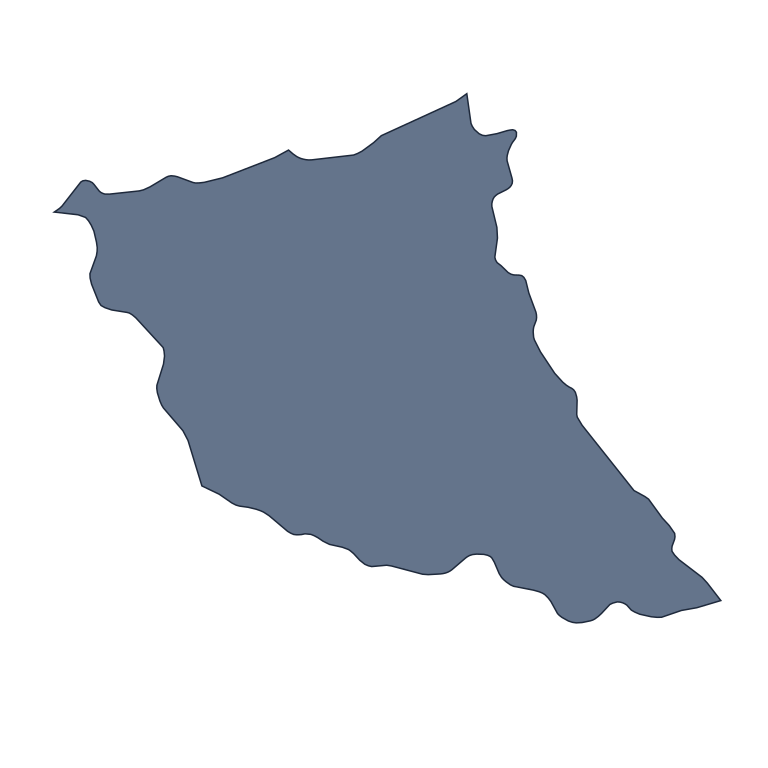 the border of Florida, rotated 81°
{"feature_id": "URY-18", "entity_name": "Florida", "entity_type": "Department", "adm_level": 1, "iso_a3": "URY", "parent_name": "Uruguay", "parent_adm1": "", "projection": "orthographic", "projection_center": [-55.814, -33.776], "detail": "fine", "context": "isolated", "style": "filled", "palette": "slate", "viewbox_px": 768, "rotation_deg": 81, "n_neighbors": 0, "source": "natural_earth", "source_scale": "10m", "svg_char_len": 3228}
<svg xmlns="http://www.w3.org/2000/svg" viewBox="0 0 768 768"><g transform="rotate(81 384 384)"><path d="M594.3,125.7L598.5,123.7L603.7,120.1L624.7,100.1L631.2,95.8L650.6,85.2L653.9,110.0L654.2,125.7L657.8,146.3L657.2,150.7L655.7,156.5L651.4,167.4L648.5,172.0L646.0,175.1L640.3,178.8L638.8,180.5L637.5,182.4L636.4,184.8L635.7,187.7L636.2,192.3L637.1,195.4L644.6,205.0L647.0,208.6L649.0,212.4L649.8,214.7L650.2,217.2L650.6,225.6L650.0,231.5L648.9,235.1L646.9,239.0L642.4,244.7L640.0,247.0L637.9,248.5L624.9,253.2L621.0,255.3L617.8,257.6L616.7,258.5L616.6,258.8L616.3,259.1L615.4,260.1L613.5,263.2L611.0,268.6L604.1,287.6L602.2,290.5L598.5,294.3L595.9,296.5L593.5,298.1L589.3,299.9L577.3,302.9L572.9,304.6L571.1,305.9L569.4,308.4L567.9,312.0L566.5,319.1L566.3,323.2L566.8,326.4L567.6,328.6L568.6,330.6L578.0,345.9L579.0,347.9L579.8,350.2L580.3,352.7L580.5,355.4L580.4,358.2L579.2,370.2L577.9,375.7L564.9,405.1L563.4,409.7L562.4,424.7L561.1,427.9L559.0,431.2L554.3,435.5L546.8,440.5L543.4,443.4L541.9,445.0L538.7,450.7L533.9,462.9L529.9,468.6L525.5,473.3L522.9,476.7L521.1,479.7L519.6,485.5L519.8,489.0L519.6,491.5L519.2,494.2L518.5,496.7L516.8,499.4L514.4,502.3L496.1,518.1L491.6,523.1L489.8,525.9L487.7,529.8L484.5,537.5L482.0,545.8L480.4,549.2L477.7,552.9L467.1,564.0L456.2,579.8L409.1,586.4L398.7,589.9L373.2,605.6L370.0,606.9L365.7,608.0L357.2,609.2L352.8,609.1L349.7,608.5L329.9,598.7L322.1,596.4L317.1,596.1L313.5,596.4L279.9,618.7L276.4,621.7L274.1,624.4L273.1,626.6L268.3,641.3L265.0,647.6L262.2,651.2L258.3,653.0L239.7,657.2L233.4,657.7L229.1,657.2L212.4,648.0L208.1,646.6L204.4,645.9L198.9,645.8L187.7,646.6L181.4,648.3L176.6,650.3L172.8,652.7L169.0,659.7L162.6,682.8L159.8,677.0L157.9,674.2L137.1,651.9L136.2,649.7L136.2,646.8L137.7,643.0L139.5,640.6L141.5,639.2L148.7,635.2L150.4,633.8L151.7,632.0L152.8,629.9L153.5,625.5L155.0,595.5L154.6,591.1L152.7,584.3L145.7,566.8L145.1,564.5L145.0,561.7L145.9,558.3L147.0,555.6L155.1,541.1L156.0,538.7L156.5,534.9L156.7,529.9L155.1,511.1L143.3,456.5L138.0,441.7L142.6,437.8L145.8,434.5L147.1,432.7L148.3,430.7L149.3,428.5L150.2,426.1L150.9,423.5L151.3,420.5L153.1,378.2L152.2,374.1L150.6,369.3L144.0,356.5L138.3,347.8L116.2,268.8L110.2,256.8L140.2,257.3L143.3,256.5L146.8,254.9L151.7,250.9L153.8,247.8L154.7,244.7L154.4,233.3L153.0,222.6L152.9,219.8L153.0,217.1L154.1,214.9L156.1,213.8L160.0,214.5L162.2,215.9L165.5,219.3L167.2,220.7L173.0,224.5L177.5,226.5L180.0,227.2L182.8,227.5L200.5,225.4L203.4,225.3L205.9,226.0L207.8,227.3L209.3,228.9L210.4,230.8L211.3,232.9L214.2,242.1L215.3,244.1L216.6,245.9L218.3,247.3L220.4,248.4L222.8,249.3L225.5,249.7L247.0,248.0L257.6,249.1L276.1,254.7L279.0,254.4L281.8,253.3L285.4,249.9L293.3,244.0L295.4,241.4L296.6,238.7L297.6,233.5L298.5,231.0L300.5,229.2L304.0,227.8L316.9,226.7L336.8,222.7L339.5,222.6L342.3,222.9L344.7,223.6L350.9,227.1L353.2,227.9L355.9,228.5L361.3,228.9L364.1,228.5L376.8,224.4L400.2,213.7L410.1,207.2L413.8,204.0L416.2,201.3L417.5,199.4L419.4,197.6L422.1,196.3L426.8,195.7L430.2,195.8L444.2,198.4L447.0,198.3L455.7,194.8L528.3,153.8L535.9,144.0L539.1,140.7L559.9,130.1L568.5,124.4L577.0,120.3L580.4,120.5L582.9,121.3L589.2,124.8L591.6,125.5L594.3,125.7Z" fill="#64748b" stroke="#1e293b" stroke-width="1.5"/></g></svg>